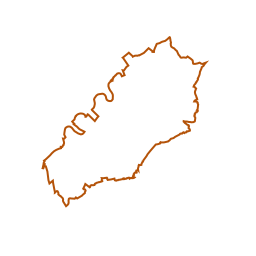 the district of Napradea, Salaj, Romania, rotated 32°
{"feature_id": "2599482B62683789744517", "entity_name": "Napradea", "entity_type": "district", "adm_level": 2, "iso_a3": "ROU", "parent_name": "Romania", "parent_adm1": "Salaj", "projection": "albers", "projection_center": [23.333, 47.354], "detail": "fine", "context": "isolated", "style": "outline", "palette": "amber", "viewbox_px": 256, "rotation_deg": 32, "n_neighbors": 0, "source": "geoboundaries", "source_scale": "gbopen_adm2", "svg_char_len": 5736}
<svg xmlns="http://www.w3.org/2000/svg" viewBox="0 0 256 256"><g transform="rotate(32 128 128)"><path d="M159.8,166.4L159.1,166.4L158.4,167.4L158.0,166.8L157.7,165.9L157.8,165.4L157.6,164.9L157.9,164.6L157.3,164.0L157.5,163.2L157.3,163.0L157.3,162.8L157.9,161.2L158.6,161.5L159.0,161.3L159.0,161.2L158.8,161.0L157.6,159.7L158.3,158.8L158.4,158.5L158.7,158.3L159.0,158.4L158.1,157.4L157.8,156.7L157.4,155.1L157.0,154.5L156.8,153.5L157.9,153.1L158.9,152.2L158.4,151.1L158.3,148.9L158.2,148.7L158.5,148.5L158.4,147.9L158.2,147.2L158.6,142.1L158.5,139.9L159.0,135.8L160.3,127.3L162.0,125.8L163.5,124.0L163.5,123.6L163.0,123.2L163.1,122.8L163.5,122.8L165.5,121.6L166.3,121.0L169.2,118.1L169.2,117.6L169.7,116.8L170.1,114.4L171.7,112.7L172.2,111.8L172.6,110.6L175.2,106.2L175.2,105.4L175.4,105.0L176.7,104.2L176.6,103.9L176.8,103.7L177.1,103.2L177.0,102.8L177.4,102.2L178.5,102.4L178.9,101.4L179.8,100.7L179.8,100.3L179.6,99.8L179.7,99.5L180.1,99.4L180.9,98.8L181.9,97.4L181.1,96.4L179.5,96.1L179.3,95.8L179.1,94.9L178.7,94.7L178.7,94.2L178.4,94.0L178.2,93.6L177.4,93.6L176.8,93.8L176.0,93.8L174.6,93.6L173.6,93.6L172.8,93.3L171.8,93.1L171.6,92.7L173.3,92.2L173.6,91.8L175.5,90.9L176.1,90.8L177.9,89.8L178.5,89.7L180.2,88.5L180.6,88.0L180.7,87.7L181.1,87.1L181.1,86.8L179.8,83.9L179.3,83.3L178.6,83.2L178.0,82.8L177.8,82.6L177.8,81.4L177.3,81.2L177.1,80.7L177.2,79.8L177.1,79.1L177.4,78.6L177.9,78.3L177.9,77.5L178.2,77.0L178.1,76.5L178.0,76.3L177.5,76.1L177.0,76.2L177.1,75.3L175.0,70.8L174.0,70.3L173.9,69.9L173.6,69.5L173.0,69.3L172.5,69.3L171.0,69.8L170.1,70.4L170.0,69.8L170.1,69.3L170.8,68.3L170.9,67.5L171.5,67.0L170.6,66.1L169.7,65.6L169.3,65.1L167.1,63.6L166.3,62.8L165.8,62.2L165.4,61.3L165.1,59.6L164.9,59.2L164.9,58.5L163.4,58.0L162.9,58.2L162.3,57.8L161.7,58.1L161.4,56.7L161.5,55.5L161.7,54.8L161.7,54.0L161.4,53.4L161.7,53.0L161.7,52.3L161.6,51.5L161.7,50.9L161.6,49.9L161.4,49.3L160.9,49.0L160.9,47.9L160.5,45.3L160.1,44.0L159.3,42.3L158.7,38.3L158.3,37.4L158.9,35.9L159.1,35.3L159.1,33.2L159.4,31.3L157.9,33.2L157.3,34.2L155.8,34.7L154.5,34.6L154.0,34.7L153.0,36.1L152.3,36.8L150.9,38.1L149.7,38.8L149.3,38.9L148.8,38.6L147.2,36.6L146.6,36.3L144.3,36.0L140.6,35.8L140.2,37.3L140.0,37.6L137.7,38.7L136.0,40.1L135.3,40.3L133.1,39.3L132.1,39.1L129.1,37.1L128.4,36.7L127.5,36.7L124.8,36.0L123.3,36.2L121.7,36.1L120.7,35.4L119.4,33.7L119.4,33.2L119.1,32.7L117.7,31.4L117.2,30.7L115.8,29.2L115.4,28.9L115.2,28.9L114.9,29.6L114.4,31.7L113.4,34.4L111.3,36.7L110.3,38.3L109.9,39.2L107.9,41.3L107.8,42.0L108.1,43.0L108.3,44.8L108.6,46.6L108.9,48.1L109.7,49.8L108.4,50.5L108.0,49.9L103.2,49.4L101.7,55.9L99.0,60.5L98.7,60.5L97.6,61.8L96.7,62.2L95.5,63.1L94.3,64.9L94.1,64.7L88.8,63.7L88.6,64.4L86.3,71.1L86.5,71.1L88.6,72.0L95.2,74.9L95.1,75.2L94.3,77.1L94.1,81.2L93.8,81.6L93.0,81.9L97.1,85.0L96.2,86.2L95.4,87.4L93.3,86.1L92.4,85.9L91.3,86.3L90.9,86.6L90.4,87.2L90.2,87.3L90.0,87.6L89.6,90.0L89.4,90.1L89.0,92.4L88.8,92.5L88.8,94.1L89.2,94.0L89.3,94.2L89.1,95.4L88.6,95.9L88.4,96.4L89.6,96.4L88.6,97.9L88.2,99.2L88.1,100.6L88.5,101.7L89.3,103.0L91.1,104.5L93.0,105.6L95.3,106.5L97.2,107.6L98.1,108.7L99.8,111.7L99.7,112.9L99.5,113.8L99.0,114.4L98.2,114.9L96.8,115.4L95.0,115.3L93.8,114.4L92.8,113.3L91.8,112.6L90.7,112.2L89.2,112.1L88.1,112.5L85.5,114.7L84.6,115.7L84.0,117.3L83.8,120.6L84.1,121.8L86.6,124.4L87.2,125.4L88.0,127.6L88.2,129.0L87.6,131.6L88.1,131.9L96.7,133.8L96.4,136.0L96.2,139.7L87.2,137.7L86.5,137.8L86.6,139.8L86.5,140.5L86.4,140.7L86.0,141.0L85.6,140.4L84.8,140.1L84.3,139.7L82.6,139.7L81.4,140.1L80.1,140.8L79.3,141.5L78.4,142.6L77.8,143.8L77.5,144.9L77.6,145.5L77.3,145.7L77.6,147.7L78.1,149.1L77.3,152.1L78.6,152.6L80.1,152.8L80.0,153.6L84.0,153.9L86.7,154.6L87.8,154.7L93.1,154.2L93.1,154.8L92.9,156.3L92.5,157.3L91.4,158.4L88.7,159.0L84.2,159.0L80.3,157.6L78.3,157.5L77.1,158.0L75.9,159.0L75.0,160.9L75.2,162.4L76.5,165.5L77.4,167.4L79.1,168.5L79.9,168.9L79.7,170.3L79.5,170.9L78.5,171.4L81.0,173.7L81.8,174.7L82.4,176.7L82.3,176.9L82.1,176.9L82.3,178.8L80.9,179.6L81.0,179.8L81.6,180.1L81.9,180.6L80.4,182.2L78.7,184.7L77.6,186.9L76.8,189.8L76.4,192.4L74.8,198.4L74.1,200.2L74.9,200.5L74.9,201.8L75.0,202.3L75.8,204.0L76.4,205.9L76.8,206.8L76.9,207.3L77.5,207.1L77.5,206.7L77.0,206.2L76.8,205.5L76.9,205.1L76.0,203.2L76.5,202.8L77.7,204.8L78.7,204.1L82.7,207.6L88.2,214.4L90.8,216.7L92.2,212.5L93.6,214.3L97.5,218.5L100.1,221.2L100.3,221.6L100.4,221.4L100.4,220.5L101.2,219.1L101.9,219.0L103.2,219.8L103.9,220.7L104.0,221.1L104.5,221.3L106.3,221.6L106.7,221.4L108.0,221.7L108.3,221.9L109.5,222.0L110.1,222.3L110.8,222.9L111.1,223.7L112.0,224.7L116.9,227.1L117.5,225.2L117.6,223.8L117.1,222.6L116.0,221.0L115.4,219.5L115.5,219.0L116.1,218.3L116.9,218.0L120.3,216.2L120.6,214.5L122.2,214.7L124.8,209.8L125.0,208.6L125.9,206.1L125.4,205.3L125.3,203.8L125.1,203.4L124.0,202.9L123.6,203.0L123.3,203.3L122.9,203.4L122.2,203.2L121.8,199.6L121.5,198.1L127.0,198.6L127.1,198.4L127.0,197.6L126.7,196.8L127.0,196.2L127.3,195.8L128.8,195.0L129.3,194.5L129.8,194.1L129.8,193.8L129.5,193.1L129.5,192.8L129.7,192.7L129.8,192.4L130.1,192.1L130.2,191.4L130.5,191.0L131.1,190.5L131.8,189.5L132.3,189.2L134.2,187.1L134.4,186.7L134.2,186.5L133.6,186.5L133.2,185.8L132.7,184.7L132.3,184.4L133.8,183.6L135.1,182.4L135.5,182.2L136.0,181.7L136.4,181.6L136.5,181.4L136.9,181.5L137.1,181.7L137.5,182.4L138.3,182.8L141.0,180.5L143.3,178.1L144.5,179.3L145.0,179.1L145.8,179.0L146.2,178.2L147.1,177.7L147.3,177.1L148.7,176.0L149.4,175.2L150.2,174.6L150.6,173.4L151.1,172.9L151.7,173.5L152.3,173.0L153.0,172.2L153.5,171.3L153.6,171.2L153.8,171.3L154.0,170.8L155.0,169.7L155.5,169.5L156.2,170.1L156.6,169.3L157.1,168.7L157.6,168.4L157.9,168.5L159.0,167.7L159.6,166.9L159.8,166.4Z" fill="none" stroke="#b45309" stroke-width="2"/></g></svg>